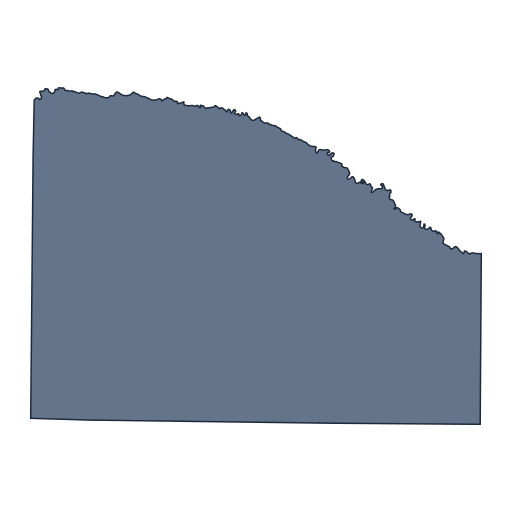 outline of Pichi Mahuída, Río Negro, Argentina
{"feature_id": "61730980B95848117097679", "entity_name": "Pichi Mahuída", "entity_type": "district", "adm_level": 2, "iso_a3": "ARG", "parent_name": "Argentina", "parent_adm1": "Río Negro", "projection": "albers", "projection_center": [-64.189, -39.336], "detail": "fine", "context": "isolated", "style": "filled", "palette": "slate", "viewbox_px": 512, "rotation_deg": 0, "n_neighbors": 0, "source": "geoboundaries", "source_scale": "gbopen_adm2", "svg_char_len": 5938}
<svg xmlns="http://www.w3.org/2000/svg" viewBox="0 0 512 512"><path d="M200.5,105.3L200.3,105.8L200.6,106.7L200.6,107.2L200.2,107.5L199.1,107.3L198.8,106.6L198.3,105.9L197.2,105.5L196.4,105.5L195.5,106.2L194.4,106.1L192.1,105.4L189.0,105.9L188.3,105.6L187.8,105.7L185.9,105.5L183.9,104.6L183.7,103.3L184.0,102.6L183.8,101.9L182.9,102.1L179.6,103.4L177.5,103.5L177.5,103.0L177.7,102.5L177.5,102.0L176.9,101.4L175.8,101.1L175.3,101.4L174.2,101.4L172.7,99.8L171.4,99.0L169.5,98.5L167.1,97.4L166.8,97.6L166.4,98.3L163.7,99.5L162.6,100.6L162.1,100.8L161.7,100.5L161.4,99.8L160.7,99.2L159.4,98.8L158.8,98.8L156.0,100.1L152.5,100.1L151.2,99.9L150.7,99.7L149.8,98.9L144.3,96.6L141.9,96.4L139.8,95.6L138.0,94.2L137.2,93.9L136.0,93.8L135.3,93.4L134.3,92.3L133.6,92.2L132.1,93.1L130.7,94.6L129.7,95.1L128.5,95.4L125.0,95.7L122.4,95.1L120.5,94.0L119.0,92.8L117.0,91.9L115.9,92.6L114.7,94.1L114.1,95.3L113.6,95.8L112.5,96.0L111.2,95.6L110.7,95.7L109.8,96.1L109.2,97.2L108.3,97.7L105.6,97.8L104.7,97.6L103.1,96.8L102.1,96.8L98.7,95.5L97.5,94.7L96.0,94.4L95.1,93.9L94.2,94.0L91.9,93.9L90.5,93.7L89.3,93.1L86.6,93.6L85.9,93.5L85.3,93.0L83.6,92.7L82.2,92.0L81.8,92.0L79.4,93.2L78.8,93.2L75.5,92.1L74.8,91.5L74.3,91.4L73.1,91.8L72.5,91.0L71.9,90.8L69.7,91.2L68.0,90.6L64.9,90.4L64.3,88.8L63.8,88.2L63.2,87.9L60.9,88.1L59.7,87.7L59.0,87.7L58.4,88.1L58.0,89.5L57.7,89.7L56.5,89.3L55.6,89.4L55.2,89.7L54.9,90.1L54.8,91.4L53.8,93.0L52.7,93.6L51.1,93.2L49.8,92.0L48.7,91.4L48.3,89.6L47.5,89.0L45.6,88.6L45.1,88.8L44.8,89.3L44.9,89.8L43.9,90.7L42.7,91.1L40.2,91.3L39.8,91.7L39.8,92.5L40.6,93.6L40.6,95.2L41.6,96.7L41.3,98.1L40.5,99.2L39.9,99.6L39.5,99.4L39.0,98.6L38.4,98.2L36.1,98.0L34.7,99.7L34.2,100.1L33.1,156.2L30.7,418.3L90.0,420.1L331.1,423.2L480.2,424.3L481.3,253.6L480.6,253.9L478.8,253.5L477.1,253.7L472.6,252.9L470.5,253.4L470.1,254.1L469.8,254.2L468.8,253.7L466.6,251.7L465.1,251.2L464.8,250.9L464.3,251.1L464.1,252.6L463.8,253.2L463.3,253.6L462.7,253.4L461.5,252.1L460.0,251.0L457.7,247.9L456.7,247.3L456.4,246.8L455.6,246.5L454.4,247.1L452.6,248.6L451.7,248.9L450.1,248.4L449.6,246.8L446.0,245.1L443.0,243.3L443.0,242.2L443.4,241.0L443.9,238.3L441.3,234.3L439.1,232.3L438.5,232.1L438.3,233.4L437.7,233.8L437.0,233.7L436.7,232.8L436.6,231.2L435.0,230.8L434.4,231.4L433.4,231.4L432.3,230.7L431.5,230.1L430.8,227.7L430.3,227.3L429.8,227.3L428.5,228.7L426.8,229.4L425.3,229.1L424.6,228.4L424.6,227.4L425.1,225.5L424.7,224.1L424.0,224.2L423.7,226.4L423.0,227.8L421.8,228.1L421.2,227.8L420.2,227.0L420.1,226.4L420.1,224.5L420.7,221.7L420.5,221.2L418.7,221.9L416.5,221.8L415.3,221.5L414.6,221.0L414.5,220.7L415.1,219.4L414.8,218.8L414.2,218.8L412.1,220.0L411.1,219.8L410.6,219.3L410.3,218.6L410.3,218.2L410.6,217.5L411.5,216.9L412.0,216.1L412.1,214.7L411.7,214.1L410.6,213.8L408.8,214.5L406.9,214.6L406.2,214.5L403.0,212.8L402.1,212.6L401.4,212.2L400.6,211.4L400.1,209.7L399.8,209.3L398.7,208.4L397.4,207.7L396.6,207.8L394.8,209.2L394.3,209.1L394.0,208.8L395.3,207.1L395.6,206.1L395.1,204.2L394.3,203.0L393.7,201.2L392.5,200.0L391.0,199.6L389.6,198.9L389.2,198.1L389.3,197.3L389.7,196.6L389.8,195.7L389.5,194.6L390.0,193.2L390.6,192.9L391.0,192.3L390.8,190.4L390.3,189.9L389.2,190.0L388.4,190.5L387.9,190.3L387.1,190.5L386.0,190.2L385.2,189.2L384.7,187.6L383.2,184.0L382.0,183.6L381.3,183.8L380.9,184.4L380.8,184.8L381.0,185.3L382.3,185.9L382.4,186.2L382.4,187.4L382.3,188.0L382.0,188.4L380.3,188.8L378.2,188.7L375.6,189.5L373.1,191.8L372.6,192.4L371.8,192.5L371.4,192.2L371.4,191.1L372.5,188.3L372.4,187.7L370.6,185.6L370.5,184.6L370.2,184.0L369.6,183.8L368.6,184.3L367.4,184.6L366.2,184.3L364.8,181.5L364.0,180.5L363.0,179.6L362.4,179.4L361.6,179.9L361.0,181.2L361.1,181.6L361.5,182.0L362.4,181.8L363.3,182.1L363.7,182.6L363.5,183.2L362.9,183.5L362.2,183.5L361.6,183.3L360.2,182.4L359.5,182.3L358.3,182.8L357.8,183.4L357.1,183.5L355.7,182.8L355.4,182.3L354.7,179.5L353.8,177.6L353.2,177.0L352.7,176.7L352.1,176.7L349.9,178.7L348.9,179.2L348.0,179.0L347.4,178.4L347.3,177.3L347.6,176.6L349.3,174.6L349.6,173.3L349.3,171.9L348.6,170.7L347.9,169.0L346.7,167.8L344.1,167.6L343.2,166.9L342.0,166.5L341.8,166.0L341.9,164.0L341.4,163.6L338.1,162.4L336.1,161.5L334.7,161.8L333.6,160.8L332.5,161.0L332.1,160.7L331.2,159.2L331.1,157.6L333.3,156.1L334.0,154.4L334.1,153.8L333.7,153.1L332.5,152.8L331.7,153.1L329.2,155.1L328.4,155.3L327.6,154.6L327.3,153.9L327.6,152.6L329.0,152.6L329.6,151.7L329.4,150.8L328.1,149.9L326.2,149.7L323.8,150.3L321.5,149.7L319.6,149.5L318.9,150.0L317.8,151.7L317.5,152.6L316.8,152.9L316.4,152.8L315.8,151.9L315.6,150.7L315.6,148.8L316.2,147.5L315.9,147.0L315.2,146.6L311.3,146.3L310.3,146.0L308.3,144.7L307.3,143.8L306.4,142.7L302.8,141.1L300.6,139.6L299.8,139.5L298.6,139.9L298.2,139.6L297.5,138.2L296.7,137.7L296.0,137.7L295.1,138.2L294.4,138.0L288.0,133.8L285.9,133.2L284.5,131.9L282.0,131.2L281.5,130.8L280.4,128.7L276.3,126.6L275.3,125.6L273.9,125.7L272.1,125.3L268.9,123.9L267.2,122.8L266.5,123.1L265.8,123.1L264.3,122.9L263.4,122.5L262.3,121.4L260.7,120.5L260.3,119.9L260.5,118.6L260.4,118.0L259.9,117.4L259.4,117.2L256.2,118.8L254.7,120.0L253.7,120.3L252.2,120.2L250.8,119.6L249.4,117.0L247.8,116.1L247.3,115.3L247.3,113.9L247.0,113.4L246.5,112.9L246.0,112.9L245.4,114.9L244.7,115.3L244.2,115.4L243.4,113.7L242.7,113.0L242.1,112.7L241.8,113.0L241.6,114.3L240.5,115.5L239.0,115.5L238.8,115.0L238.9,114.2L238.6,113.8L238.0,113.7L236.9,114.3L236.0,114.5L234.5,113.7L234.3,113.4L235.4,111.9L235.6,111.2L235.6,110.6L235.3,110.0L234.6,109.8L234.0,109.7L233.3,110.2L233.0,111.1L231.8,112.7L230.7,113.0L230.5,111.5L230.3,110.7L229.9,110.0L228.9,109.3L228.0,109.5L227.1,111.7L226.4,111.7L226.0,111.4L225.4,110.1L224.1,109.5L223.2,108.5L222.4,108.1L220.8,107.8L220.3,107.9L219.8,108.5L219.2,108.6L218.7,108.3L216.9,106.5L215.2,105.6L214.9,105.7L214.4,106.9L213.8,107.2L211.7,107.2L210.2,107.7L207.2,107.9L205.8,108.3L204.6,107.7L203.5,105.9L202.1,105.8L200.9,105.2L200.5,105.3Z" fill="#64748b" stroke="#1e293b" stroke-width="1.5"/></svg>